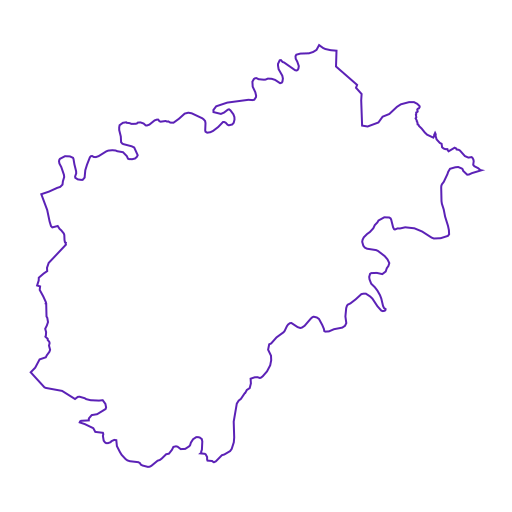 outline of Chapulhuacán, Hidalgo, Mexico
{"feature_id": "50627088B31235975347334", "entity_name": "Chapulhuacán", "entity_type": "district", "adm_level": 2, "iso_a3": "MEX", "parent_name": "Mexico", "parent_adm1": "Hidalgo", "projection": "natural_earth1", "projection_center": [-98.94, 21.126], "detail": "fine", "context": "isolated", "style": "outline", "palette": "violet", "viewbox_px": 512, "rotation_deg": 0, "n_neighbors": 0, "source": "geoboundaries", "source_scale": "gbopen_adm2", "svg_char_len": 5975}
<svg xmlns="http://www.w3.org/2000/svg" viewBox="0 0 512 512"><path d="M481.3,170.3L480.4,170.1L478.2,168.2L474.3,166.2L473.2,164.8L473.7,161.3L473.4,159.6L472.5,157.9L471.6,157.1L468.4,157.6L464.9,156.1L460.0,150.6L458.7,149.8L456.6,149.5L456.2,148.5L454.6,147.7L448.6,151.3L447.7,150.2L447.4,149.1L445.2,149.1L443.6,148.5L442.1,147.3L441.6,143.8L439.8,142.9L436.6,139.4L435.6,136.0L435.7,134.6L435.1,134.4L435.4,133.5L435.1,132.9L434.1,135.1L434.2,136.0L433.3,137.6L427.1,134.7L424.8,132.5L421.6,128.5L419.1,126.1L418.4,124.7L417.6,124.4L417.4,122.2L416.8,121.5L416.8,120.6L415.6,118.3L416.3,117.4L415.9,114.6L416.2,114.3L416.2,112.5L417.5,111.8L417.7,111.2L417.2,109.8L417.7,108.8L418.9,108.4L419.7,106.9L419.5,106.0L417.2,103.8L413.9,102.1L409.2,102.1L400.9,104.3L397.0,106.8L389.3,114.0L382.6,116.7L378.4,122.5L367.6,126.5L362.1,125.6L361.2,100.3L361.6,94.0L356.0,87.8L357.1,84.9L336.0,66.5L336.5,50.7L330.7,50.2L325.3,49.0L323.1,48.0L319.1,45.1L316.5,49.9L313.1,52.0L309.0,53.3L300.3,53.6L296.3,54.7L295.5,56.2L295.7,58.7L297.3,61.7L298.8,66.1L298.4,68.7L297.5,70.1L296.5,70.5L295.1,70.2L284.1,62.5L282.6,62.0L280.9,60.1L279.7,60.3L278.0,63.9L278.0,65.5L278.6,69.2L282.3,75.7L282.9,78.6L282.4,81.7L281.7,82.7L280.1,83.2L275.1,79.9L271.7,78.8L267.9,78.6L265.5,79.6L263.8,79.7L258.6,79.2L256.4,78.1L255.0,78.3L253.9,79.0L252.4,81.7L252.7,86.7L255.3,92.2L256.1,95.6L256.0,97.1L254.3,99.7L252.7,100.1L248.4,99.8L227.3,102.6L216.2,106.3L213.4,110.0L213.5,112.1L220.9,113.9L224.0,112.6L227.8,109.7L229.0,109.3L230.4,110.3L233.4,114.3L234.4,117.1L234.5,119.6L233.7,122.8L232.2,124.5L228.8,125.3L227.5,124.7L225.7,122.7L224.2,122.0L223.0,122.0L218.2,127.0L213.1,130.9L210.4,132.2L207.2,132.7L205.5,131.7L205.2,130.4L205.5,123.1L205.1,121.0L203.6,119.3L202.3,118.3L191.7,113.3L188.3,112.7L184.7,113.6L178.9,118.8L173.5,122.7L170.3,122.6L168.3,121.4L167.1,121.6L165.6,121.0L160.6,121.7L159.4,121.2L158.2,119.6L156.9,119.6L154.6,120.4L149.4,124.6L146.9,125.5L145.7,125.4L143.6,123.5L140.4,122.4L137.8,122.6L136.9,123.5L135.6,123.8L131.4,123.9L129.5,123.1L126.7,122.8L126.2,122.3L122.9,122.8L119.6,125.2L119.2,127.3L119.2,130.0L120.8,136.5L121.1,142.2L122.4,143.7L123.3,144.1L131.7,146.3L134.2,147.5L137.7,155.2L136.9,156.8L135.1,158.5L132.2,159.2L129.0,159.1L128.0,158.7L126.8,156.1L123.0,152.2L117.2,151.2L115.6,150.5L112.3,150.2L108.3,150.6L106.4,151.3L98.7,156.1L95.9,157.1L93.8,157.0L92.1,156.0L90.9,156.2L89.9,157.3L87.0,164.7L85.3,170.2L84.6,177.6L82.6,179.9L81.4,179.9L77.8,179.4L75.3,177.8L75.1,176.5L76.2,173.4L76.1,171.2L74.4,164.3L73.5,159.0L73.0,157.8L69.9,156.4L65.0,156.2L60.0,158.8L59.4,159.6L59.0,161.2L59.4,163.5L61.3,167.1L63.9,174.7L64.2,177.0L62.9,181.3L62.5,184.6L60.2,186.9L57.1,187.9L49.0,191.6L41.3,194.2L47.2,210.0L49.6,221.5L51.0,226.1L52.3,227.4L57.7,226.0L59.6,228.9L61.3,230.4L63.8,233.5L64.3,235.0L64.5,240.0L64.9,242.1L65.9,242.8L65.6,243.9L65.9,244.7L48.7,262.9L47.0,267.8L47.2,271.1L43.7,273.5L38.8,277.7L38.7,280.5L37.1,285.5L40.1,286.4L39.7,289.9L43.3,296.5L45.8,302.0L46.0,302.8L45.7,303.5L46.2,303.7L46.5,316.5L47.3,317.9L48.0,322.1L46.8,325.6L45.2,328.8L46.1,332.1L45.9,335.4L45.4,336.7L47.7,338.8L47.7,340.0L49.2,341.7L49.6,343.1L49.0,345.6L50.1,349.8L49.4,351.8L46.8,355.3L45.8,357.3L39.6,359.4L35.2,367.7L30.7,372.3L44.4,387.3L45.7,387.9L62.1,390.9L75.0,399.0L77.8,396.9L79.5,396.7L84.7,398.2L86.1,399.1L90.5,400.2L99.0,400.6L102.7,400.2L105.4,403.9L106.1,407.4L105.6,409.0L97.1,414.2L91.7,415.1L88.9,418.4L88.8,420.4L81.1,420.8L80.1,421.4L79.7,422.4L84.8,424.1L93.3,428.2L95.3,431.9L102.9,432.8L103.3,434.2L102.9,435.9L103.7,440.7L105.0,442.4L106.1,443.1L108.1,443.1L110.6,442.2L111.4,441.2L114.3,439.9L116.3,440.2L116.9,446.1L119.9,452.0L121.6,454.8L125.6,459.1L127.4,460.4L129.8,461.2L138.4,462.2L140.0,463.2L140.8,464.6L142.5,465.5L147.9,466.9L149.7,466.7L151.4,465.8L157.6,460.7L159.8,460.0L161.7,458.6L166.2,454.2L168.9,453.7L171.9,449.9L173.4,446.9L176.0,446.3L177.6,446.7L180.7,449.1L185.2,448.9L189.2,446.3L190.1,445.2L190.9,442.6L193.1,439.2L196.3,437.1L197.9,437.1L199.7,437.5L201.8,439.1L202.3,441.5L201.9,449.7L201.2,451.6L201.3,452.7L200.5,453.4L204.8,453.8L205.7,454.4L207.1,457.0L207.1,459.5L207.5,460.6L212.1,461.0L213.6,462.2L214.1,462.2L215.9,461.3L221.9,455.2L224.3,454.5L230.1,451.1L231.7,448.9L233.8,442.3L234.2,437.5L233.7,421.6L236.8,403.6L238.7,400.6L240.9,398.9L244.8,393.1L245.2,393.0L246.8,390.0L249.7,388.1L250.9,383.4L250.6,378.7L254.7,377.3L257.5,377.2L259.9,378.0L261.2,377.5L262.8,376.2L267.0,371.4L270.2,365.3L271.2,360.2L271.0,355.7L268.1,349.7L269.2,344.3L271.1,343.5L276.5,337.4L283.6,332.2L284.6,331.0L286.9,326.2L288.1,324.5L289.9,323.2L291.4,323.0L297.6,327.1L300.3,328.0L301.9,327.6L304.6,325.8L310.9,318.5L312.4,317.2L313.7,316.7L316.9,317.5L319.0,319.0L322.3,325.1L323.9,328.9L324.3,331.1L325.3,331.6L328.9,331.4L334.0,329.2L342.3,327.6L345.0,325.8L346.3,323.1L345.4,316.5L346.2,308.1L346.9,305.9L347.7,304.7L350.4,303.4L355.6,299.4L361.4,294.1L363.5,293.7L365.9,293.7L370.2,296.5L372.4,298.6L377.4,306.2L381.3,310.6L382.6,311.1L383.7,311.0L384.8,310.7L385.4,310.1L385.6,309.1L384.0,308.0L383.0,305.8L381.3,298.6L380.0,295.2L377.4,290.6L374.8,287.2L371.2,283.7L369.5,279.3L369.2,276.9L370.1,273.8L371.3,273.1L376.8,272.9L382.3,274.1L385.7,271.5L386.8,268.2L388.4,266.0L389.3,263.1L387.5,259.4L384.7,256.1L377.9,250.9L376.1,250.1L367.0,248.7L364.8,247.6L363.3,245.7L362.2,241.8L362.6,239.7L363.8,237.3L367.1,234.0L369.9,232.0L373.3,228.3L374.8,225.1L377.4,222.4L378.5,220.5L384.3,217.3L389.2,217.5L390.6,218.4L391.2,219.7L393.1,227.3L394.1,229.2L394.9,229.5L397.6,228.4L399.9,228.5L405.2,227.3L414.4,228.3L422.1,231.5L431.6,237.6L433.9,238.5L440.7,238.2L447.9,235.9L449.1,234.3L448.9,230.2L448.0,225.9L445.1,216.6L443.7,209.4L441.9,203.8L441.5,201.1L441.2,187.8L441.3,185.9L441.9,184.3L443.8,181.8L447.4,174.2L448.2,171.8L450.0,168.8L455.2,167.3L458.2,167.0L461.8,168.5L462.6,169.2L463.2,170.9L467.2,174.7L469.0,174.5L472.0,173.1L481.3,170.3Z" fill="none" stroke="#5b21b6" stroke-width="2"/></svg>